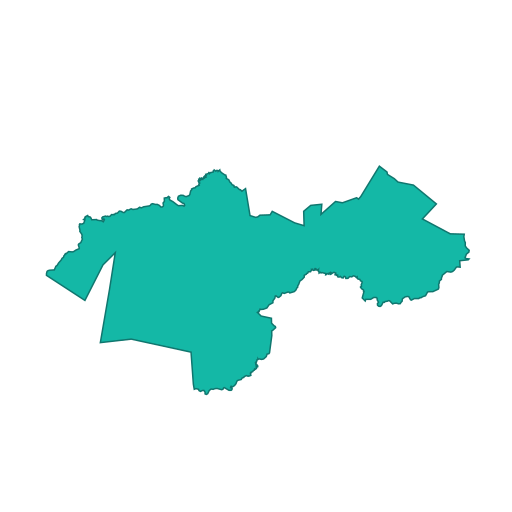 the district of Guazapares, Chihuahua, Mexico, rotated 242°
{"feature_id": "50627088B41160279042816", "entity_name": "Guazapares", "entity_type": "district", "adm_level": 2, "iso_a3": "MEX", "parent_name": "Mexico", "parent_adm1": "Chihuahua", "projection": "mercator", "projection_center": [-108.298, 27.372], "detail": "fine", "context": "isolated", "style": "filled", "palette": "teal", "viewbox_px": 512, "rotation_deg": 242, "n_neighbors": 0, "source": "geoboundaries", "source_scale": "gbopen_adm2", "svg_char_len": 6147}
<svg xmlns="http://www.w3.org/2000/svg" viewBox="0 0 512 512"><g transform="rotate(242 256 256)"><path d="M153.4,442.7L155.0,440.4L156.3,439.7L158.9,442.7L159.5,445.8L161.0,446.9L164.3,445.7L166.7,445.5L169.6,447.1L171.4,447.2L175.5,448.6L177.5,450.1L184.4,437.9L210.6,420.3L217.3,439.7L244.7,428.3L254.6,416.1L259.4,414.4L266.3,410.4L268.7,411.1L277.4,407.1L259.3,376.4L258.1,373.2L260.2,372.2L262.4,357.3L266.8,351.8L262.2,332.9L270.8,338.4L275.0,328.1L273.1,319.1L260.2,312.7L267.1,305.7L287.8,291.3L285.7,287.8L290.2,278.6L289.7,275.9L290.3,273.8L294.5,269.7L320.4,278.4L319.8,274.0L321.9,273.3L322.3,272.6L325.9,271.4L326.5,270.8L326.7,269.5L327.4,269.1L328.2,269.6L328.9,269.5L330.0,268.4L332.4,268.2L333.2,267.7L336.2,267.7L338.4,266.2L339.4,266.9L341.7,267.3L342.1,266.6L345.9,264.6L348.1,264.1L349.0,264.4L348.5,262.3L349.2,262.5L350.0,261.7L349.8,260.3L351.6,259.5L351.2,259.0L351.3,258.4L350.3,257.7L350.9,255.0L351.2,254.7L350.6,253.6L351.7,253.4L351.2,252.4L351.7,250.0L350.7,249.9L351.0,249.5L350.7,248.3L349.6,249.0L349.0,248.8L349.2,248.1L350.3,247.1L350.0,246.7L349.0,246.6L349.4,245.4L348.6,245.0L349.0,244.1L349.7,245.1L350.4,244.8L350.2,243.7L351.1,243.0L350.2,242.3L350.7,241.5L350.2,241.3L349.7,241.6L349.1,242.7L348.8,241.9L349.3,240.2L347.8,240.1L346.8,240.6L346.3,239.2L345.1,239.1L345.4,235.6L344.8,234.1L345.3,232.9L345.4,230.6L344.7,230.3L344.1,228.8L341.4,226.5L340.8,225.4L341.2,222.2L342.2,221.1L343.7,220.2L345.0,218.1L345.2,215.6L343.9,214.1L342.4,213.5L337.3,215.9L336.1,217.1L334.2,216.8L333.8,215.8L335.2,214.8L336.8,211.2L337.6,210.6L343.1,208.1L345.8,206.3L347.3,206.2L348.2,207.4L349.7,206.7L349.2,204.7L349.7,204.0L350.2,202.2L347.3,200.8L346.4,198.8L344.2,198.1L343.4,197.3L343.3,196.3L343.9,195.0L345.9,194.5L348.0,193.0L348.6,191.6L350.7,189.3L351.0,187.9L350.3,186.4L350.3,185.4L352.2,179.9L352.3,177.4L353.7,176.1L353.3,173.5L353.7,172.1L354.9,169.1L356.3,167.9L356.4,164.9L357.3,163.9L356.2,160.1L356.8,159.1L358.9,157.8L359.8,156.4L358.9,153.8L359.6,151.8L359.0,150.5L359.5,150.1L359.4,149.5L360.4,147.9L359.6,145.7L360.2,144.1L360.8,143.8L361.1,142.5L361.9,141.9L362.5,139.0L362.0,137.8L361.0,137.5L360.1,137.7L360.2,139.1L359.2,139.2L357.9,137.2L360.1,135.9L360.2,135.2L362.2,132.6L363.0,132.4L365.1,128.0L367.7,128.1L368.4,127.8L369.5,126.4L370.8,126.4L370.8,124.0L370.7,123.6L370.3,123.7L370.1,122.8L369.6,122.7L369.1,120.9L368.2,121.9L365.8,119.3L365.9,117.3L367.1,115.5L366.6,114.8L365.9,114.6L364.9,113.6L361.5,112.7L360.4,112.0L357.0,112.4L355.3,111.9L354.0,110.8L352.5,110.7L350.1,107.6L349.8,105.0L349.2,104.3L346.0,103.7L345.5,103.3L345.8,99.7L345.5,97.1L345.8,95.8L347.9,92.6L347.3,90.2L347.5,89.2L347.0,88.9L347.3,88.1L346.7,87.6L346.3,86.4L345.2,85.4L345.0,83.7L343.9,82.1L342.5,78.4L341.0,75.9L340.9,74.5L338.4,71.4L340.4,67.0L340.7,65.5L340.5,64.3L338.9,62.8L337.3,61.9L297.1,84.1L320.0,116.7L325.0,133.3L295.3,111.0L252.6,77.9L241.2,106.8L201.6,153.5L172.2,140.5L167.3,138.9L167.1,140.7L165.3,142.7L163.9,142.5L162.5,143.4L162.4,145.6L161.8,146.9L159.5,147.1L158.2,146.3L157.1,147.1L157.1,148.7L159.2,151.6L159.6,153.9L158.4,155.6L158.2,157.4L157.3,159.5L154.0,163.0L153.9,164.4L154.7,165.4L154.7,166.2L150.1,169.1L149.1,171.0L149.2,171.7L149.9,172.6L150.6,172.7L151.7,171.7L152.4,172.3L152.7,172.9L151.7,173.4L151.5,174.0L151.7,176.2L152.6,178.3L154.5,180.4L154.7,181.9L153.9,184.9L154.8,186.6L154.5,188.2L155.0,188.9L155.0,190.9L154.8,191.6L154.0,192.0L153.8,192.9L153.3,193.1L153.0,195.4L155.2,196.0L155.5,196.5L155.2,196.9L155.7,197.3L155.4,198.7L156.1,199.9L156.0,201.0L156.9,201.7L156.3,202.2L156.5,203.6L158.2,204.2L158.4,204.9L157.8,205.2L158.4,205.4L158.2,205.9L159.2,205.8L159.8,204.8L160.5,205.0L160.3,205.6L161.9,205.4L162.0,206.4L162.7,206.6L162.9,207.5L163.8,207.8L163.7,209.0L164.3,209.4L163.9,209.4L163.5,210.7L162.1,212.3L161.5,214.4L162.4,217.9L164.2,219.7L163.7,221.5L164.2,222.5L178.3,232.6L182.5,234.7L182.5,235.8L183.5,239.7L184.7,240.0L185.9,239.2L189.4,238.2L193.8,240.4L200.6,232.3L205.5,230.8L205.3,232.0L205.9,232.1L206.1,232.6L205.8,233.0L207.2,234.6L206.5,235.2L205.5,237.6L205.0,241.2L206.8,244.6L206.8,249.0L208.5,249.9L209.9,252.8L211.6,254.2L211.5,254.9L209.0,256.1L208.8,256.9L209.3,259.4L210.8,261.1L211.1,262.1L209.7,263.4L209.2,267.2L208.6,268.2L207.5,268.5L206.6,273.0L207.1,275.0L208.8,277.4L208.9,278.2L210.2,278.9L210.7,280.1L213.3,283.0L213.6,285.5L214.7,288.7L216.3,289.5L216.3,291.9L216.8,292.5L216.6,293.6L217.5,294.8L216.5,296.8L217.2,297.8L217.5,299.0L218.1,298.9L217.8,299.7L216.9,299.6L216.3,300.0L215.9,301.6L217.0,301.7L217.2,302.3L216.6,302.9L215.9,302.4L215.3,302.6L215.1,303.7L214.3,303.8L214.7,304.8L213.7,304.1L212.3,304.0L212.1,304.4L211.3,303.8L211.3,305.2L210.5,305.5L210.3,306.6L207.7,309.4L206.7,308.7L206.6,309.3L207.2,310.1L206.7,310.6L206.8,311.1L206.0,311.5L206.6,312.6L204.3,312.9L206.0,313.5L206.5,314.3L205.7,314.7L205.4,313.8L204.8,313.9L205.1,316.7L204.7,317.5L203.5,318.4L202.6,317.1L202.2,317.0L201.8,318.2L201.1,318.0L200.8,319.1L199.3,318.4L198.4,319.4L198.3,321.0L196.8,321.3L195.7,322.6L196.7,324.0L196.5,324.6L195.6,325.1L194.0,324.8L193.1,326.7L193.9,329.0L192.6,330.8L192.8,332.7L191.5,334.0L189.9,334.5L190.1,335.5L188.8,335.0L187.8,335.2L186.6,336.7L185.0,336.6L183.8,337.6L182.6,337.1L181.2,335.4L179.8,335.0L179.6,333.7L179.3,333.6L177.2,334.0L175.8,334.9L175.1,334.9L174.6,334.4L174.0,334.7L169.1,330.1L165.0,331.3L166.2,332.6L163.9,336.9L164.1,340.5L162.9,342.7L161.8,343.1L160.3,342.4L157.7,342.5L156.9,340.8L155.4,340.2L154.0,340.8L153.2,341.9L153.3,343.4L155.5,346.6L154.8,347.6L155.2,348.5L154.4,350.8L154.4,352.0L153.8,352.9L149.5,354.2L149.4,355.6L148.5,357.8L146.8,359.5L146.2,361.1L146.9,362.0L147.4,363.7L149.5,365.2L149.9,368.6L149.1,370.9L148.4,371.8L144.8,371.9L144.1,372.5L144.1,375.8L142.0,379.7L142.3,381.2L141.7,381.9L141.8,384.3L141.3,387.0L143.6,390.5L143.4,391.7L141.5,395.4L141.2,400.8L141.2,401.5L142.2,402.6L145.3,404.0L146.2,405.2L147.8,406.2L148.3,408.7L149.8,409.6L150.4,410.6L151.5,411.4L152.7,417.2L150.3,420.5L150.0,422.3L150.5,424.5L152.1,427.7L151.7,429.0L150.3,431.0L156.2,433.6L153.0,441.6L153.4,442.7Z" fill="#14b8a6" stroke="#0f766e" stroke-width="1.5"/></g></svg>